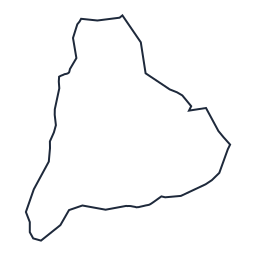 the district of Bayanbulag, Bayanhongor, Mongolia
{"feature_id": "93677404B76460222256412", "entity_name": "Bayanbulag", "entity_type": "district", "adm_level": 2, "iso_a3": "MNG", "parent_name": "Mongolia", "parent_adm1": "Bayanhongor", "projection": "mercator", "projection_center": [98.047, 46.872], "detail": "fine", "context": "isolated", "style": "outline", "palette": "slate", "viewbox_px": 256, "rotation_deg": 0, "n_neighbors": 0, "source": "geoboundaries", "source_scale": "gbopen_adm2", "svg_char_len": 998}
<svg xmlns="http://www.w3.org/2000/svg" viewBox="0 0 256 256"><path d="M230.1,144.6L223.5,137.2L218.4,131.0L206.0,108.0L189.0,110.6L191.2,106.2L182.3,95.4L177.0,92.3L169.7,89.4L145.6,73.3L140.8,42.3L122.4,15.4L119.6,17.7L97.4,20.5L81.1,18.8L79.6,21.5L77.3,24.3L73.0,38.0L76.4,58.1L69.9,69.1L69.8,69.7L69.5,71.0L69.1,72.3L68.6,72.8L67.9,73.3L66.9,73.7L65.6,74.0L64.5,74.2L63.3,74.8L62.3,75.2L61.2,75.6L59.1,76.7L58.8,81.6L59.3,88.3L54.8,109.3L54.7,114.8L55.9,125.2L53.9,132.4L49.9,141.4L50.0,148.1L48.8,161.6L33.8,189.3L25.9,212.0L29.8,222.1L29.8,232.2L33.2,238.4L41.0,240.6L60.4,225.1L69.0,210.1L82.4,205.5L105.6,209.7L126.2,205.9L127.4,206.1L127.8,206.0L128.5,206.0L129.3,206.0L130.8,206.1L132.8,206.5L135.1,206.9L136.4,207.3L137.4,207.2L138.7,207.1L140.7,206.6L143.0,206.1L145.9,205.4L147.6,205.1L149.0,204.8L149.9,204.4L151.4,203.5L153.3,202.2L161.4,196.4L165.2,197.3L180.9,195.9L205.6,184.3L211.8,180.2L219.3,172.9L227.8,149.3L230.1,144.6Z" fill="none" stroke="#1e293b" stroke-width="2"/></svg>